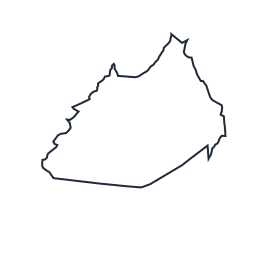 outline of Paulista, Paraíba, Brazil, rotated 333°
{"feature_id": "56859067B46882677849829", "entity_name": "Paulista", "entity_type": "district", "adm_level": 2, "iso_a3": "BRA", "parent_name": "Brazil", "parent_adm1": "Paraíba", "projection": "orthographic", "projection_center": [-37.594, -6.622], "detail": "fine", "context": "isolated", "style": "outline", "palette": "slate", "viewbox_px": 256, "rotation_deg": 333, "n_neighbors": 0, "source": "geoboundaries", "source_scale": "gbopen_adm2", "svg_char_len": 1701}
<svg xmlns="http://www.w3.org/2000/svg" viewBox="0 0 256 256"><g transform="rotate(333 128 128)"><path d="M220.7,76.6L214.8,76.7L209.2,64.0L208.2,66.0L206.6,67.4L205.3,69.5L202.5,70.9L198.7,72.0L196.3,72.9L194.7,75.0L192.5,76.0L190.7,77.2L188.6,78.3L186.9,79.7L185.4,80.8L183.5,81.3L181.5,82.0L179.5,83.2L177.0,83.4L174.7,84.2L173.1,85.1L170.7,86.0L167.9,86.1L166.3,86.2L164.4,86.4L160.7,86.8L157.5,86.0L155.8,85.0L142.7,77.0L143.3,74.7L143.2,71.8L143.0,69.7L143.4,67.9L144.5,66.3L144.4,64.4L142.1,65.2L140.6,67.5L138.9,68.1L137.6,69.3L136.5,71.3L135.3,72.9L133.3,72.6L130.8,71.7L128.3,73.5L126.1,74.1L124.0,74.3L121.5,74.7L120.6,76.8L119.0,77.8L118.3,79.4L117.1,80.6L115.2,80.2L113.0,80.1L110.1,80.8L107.4,82.7L106.9,84.9L97.1,84.7L88.0,84.2L88.4,86.3L91.4,90.9L89.1,91.7L85.4,93.5L82.4,94.1L79.9,94.4L77.5,92.8L78.0,95.2L78.5,96.8L77.0,101.8L74.0,103.3L70.5,104.4L65.5,102.7L62.3,102.7L55.3,106.2L55.4,108.9L57.3,111.1L55.5,112.4L45.5,114.4L44.0,115.3L42.5,117.5L39.9,118.4L37.3,117.6L35.9,119.8L34.5,122.3L34.2,124.9L35.4,127.4L36.7,129.9L37.9,131.5L38.4,135.8L38.9,138.9L77.6,164.7L99.9,179.0L112.2,186.6L114.2,187.2L122.4,188.1L149.8,186.3L159.0,185.7L169.4,183.7L190.9,179.8L185.8,192.0L187.8,190.6L189.8,189.3L191.7,187.2L193.9,184.4L195.9,184.0L198.3,182.4L200.4,182.4L202.5,181.3L203.8,179.8L205.7,178.4L208.0,177.5L211.1,179.4L212.6,176.3L214.9,170.8L216.1,167.2L218.7,161.2L216.6,158.2L219.1,155.7L221.0,152.9L221.8,150.2L217.6,144.1L215.9,141.4L215.5,139.8L215.3,137.1L217.0,125.8L216.1,120.1L214.2,119.2L214.0,115.2L213.9,111.5L214.7,106.7L214.6,102.7L216.6,94.2L214.0,92.5L212.8,90.4L212.1,88.2L212.2,85.7L217.5,79.0L220.7,76.6Z" fill="none" stroke="#1e293b" stroke-width="2"/></g></svg>